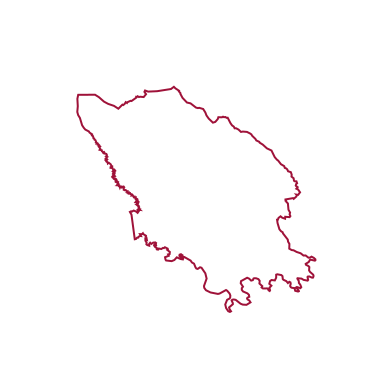 Renu Nakhon, Nakhon Phanom, Thailand (Equal Earth projection), rotated 302°
{"feature_id": "78962969B93131496494320", "entity_name": "Renu Nakhon", "entity_type": "district", "adm_level": 2, "iso_a3": "THA", "parent_name": "Thailand", "parent_adm1": "Nakhon Phanom", "projection": "equal_earth", "projection_center": [104.629, 17.057], "detail": "fine", "context": "isolated", "style": "outline", "palette": "rose", "viewbox_px": 384, "rotation_deg": 302, "n_neighbors": 0, "source": "geoboundaries", "source_scale": "gbopen_adm2", "svg_char_len": 6088}
<svg xmlns="http://www.w3.org/2000/svg" viewBox="0 0 384 384"><g transform="rotate(302 192 192)"><path d="M196.9,54.7L195.4,57.7L190.4,63.4L189.1,66.2L188.4,68.4L188.7,72.5L188.1,73.6L188.0,76.4L187.5,76.4L187.4,77.2L186.9,77.3L186.9,78.5L185.3,80.0L185.5,80.8L184.7,81.6L184.8,82.6L183.6,84.3L183.1,84.3L183.2,85.4L182.6,85.5L183.1,86.1L182.4,86.7L182.9,87.0L182.5,88.6L181.7,88.5L181.8,89.7L180.9,89.3L180.3,91.1L178.8,91.3L179.6,93.3L178.8,94.0L178.9,95.7L178.3,95.7L178.0,96.3L178.1,97.0L178.8,97.0L178.4,97.5L178.9,99.2L178.2,100.3L177.4,100.5L177.0,99.5L176.9,101.2L176.3,100.7L176.2,101.4L175.2,101.9L174.7,101.5L174.6,102.2L173.9,101.4L173.3,101.6L173.5,102.4L172.7,102.9L173.0,103.5L172.4,103.8L172.4,104.8L171.6,105.5L172.7,105.9L172.4,108.4L171.0,110.4L171.4,110.8L171.0,111.1L169.9,109.8L169.3,110.1L170.0,111.5L169.5,113.0L168.7,113.6L168.9,114.1L169.8,114.4L169.3,115.7L168.1,115.3L167.3,114.3L166.9,115.5L167.6,115.8L167.2,116.4L166.3,116.6L166.4,115.3L165.4,115.3L164.8,117.5L164.1,116.4L163.0,116.3L163.4,117.8L162.2,117.3L162.1,118.3L161.7,118.7L162.0,119.9L162.7,120.0L162.7,120.9L162.3,121.5L161.2,121.0L160.1,121.9L160.3,122.7L161.4,122.7L161.3,124.1L160.3,124.2L160.1,125.0L159.2,124.7L159.2,125.8L158.2,125.3L158.6,126.1L158.2,126.9L158.4,127.5L157.6,128.5L158.7,128.3L158.5,129.6L159.4,129.6L159.5,130.3L160.4,131.1L160.1,131.9L159.0,131.5L158.7,132.4L157.7,132.9L157.8,133.9L158.5,134.7L158.3,136.3L157.7,136.5L158.4,137.1L157.2,137.8L158.1,138.7L157.2,139.2L158.2,140.1L157.6,140.8L158.2,142.2L158.1,142.7L157.0,142.7L157.7,143.7L156.9,145.1L157.6,145.7L156.8,146.3L157.7,147.1L156.8,147.8L157.0,149.4L156.0,150.4L155.7,149.8L155.5,150.8L154.5,149.6L153.4,149.5L154.6,152.1L154.0,152.2L153.6,151.3L152.7,151.5L152.3,152.9L151.8,152.1L151.3,155.1L151.0,155.3L150.8,154.7L149.7,156.0L149.8,156.7L149.3,156.5L149.2,157.3L148.6,156.1L148.9,155.5L148.0,155.2L147.0,156.6L147.3,157.0L145.5,156.9L145.8,155.0L145.4,152.4L143.5,151.4L143.4,150.6L142.2,149.9L140.7,152.7L121.6,168.5L122.5,169.4L124.1,169.6L124.9,170.6L125.7,170.4L127.1,171.1L127.6,172.1L128.7,170.2L129.7,171.9L131.0,172.2L130.5,173.0L130.5,176.1L129.7,176.3L129.4,177.3L127.6,179.0L127.5,177.3L126.0,178.3L124.9,180.5L123.5,181.0L123.3,182.1L123.8,184.2L125.2,183.2L126.8,183.4L126.4,185.0L128.5,185.9L129.8,187.6L129.7,188.6L128.7,188.8L127.7,189.9L126.9,189.6L127.3,188.0L126.7,188.0L125.9,189.5L125.8,192.3L124.9,192.3L124.7,192.8L125.3,193.9L126.5,193.9L127.4,196.2L129.2,197.0L129.5,197.9L130.8,198.3L131.1,201.4L130.5,202.0L129.8,201.7L129.4,205.0L127.5,205.9L126.4,204.8L125.6,206.1L122.4,203.7L120.6,205.4L120.2,206.3L122.6,211.4L125.0,213.1L128.5,213.7L129.1,217.8L130.0,220.0L131.0,219.7L130.6,217.6L131.2,215.1L132.3,214.7L133.4,215.6L133.3,217.2L131.9,216.6L131.4,217.1L132.8,219.9L133.1,227.2L132.2,229.2L132.3,231.7L129.9,235.0L129.4,236.3L129.8,237.6L132.4,238.7L132.8,240.2L130.1,246.4L126.3,250.3L118.6,252.0L117.2,253.2L116.1,255.9L116.6,260.9L119.3,268.0L120.5,269.2L126.9,272.8L126.9,274.2L125.8,277.7L124.5,279.4L122.7,280.3L121.5,280.3L119.2,278.9L114.2,279.8L111.6,282.5L110.1,285.9L110.4,287.7L111.5,288.3L112.6,285.9L113.8,284.6L118.5,286.1L119.4,285.5L121.0,283.1L122.0,283.2L123.0,284.4L123.7,286.2L123.0,292.4L123.4,294.7L125.2,298.0L129.4,300.1L130.4,298.0L130.3,296.1L130.8,295.2L131.7,295.0L133.5,296.1L135.0,294.7L135.4,292.7L134.7,288.0L135.4,286.1L136.8,285.2L138.7,285.4L140.4,281.7L142.4,280.8L148.5,284.2L148.8,286.3L148.2,289.1L149.5,290.3L151.2,290.0L151.8,290.4L152.8,292.1L153.3,294.5L152.5,296.5L150.1,297.7L149.4,301.5L147.9,301.6L147.8,303.3L150.1,306.9L149.9,308.0L149.2,309.1L149.2,310.3L150.0,310.3L151.8,308.4L154.6,309.0L155.1,306.2L157.8,305.4L159.5,306.1L160.9,309.1L163.9,308.8L166.5,307.2L167.4,307.9L168.9,311.8L168.6,313.3L166.3,315.1L166.0,316.1L166.4,319.2L165.6,321.6L167.4,322.1L167.5,323.4L166.4,324.4L164.3,325.0L163.6,326.3L163.7,327.5L164.8,329.8L162.9,331.9L163.8,334.7L164.5,335.2L165.1,334.6L166.1,330.8L167.0,331.3L167.9,334.9L169.2,335.1L170.8,332.9L171.5,330.9L173.2,329.6L174.3,327.3L174.8,327.2L176.6,330.8L176.6,333.2L178.1,337.0L179.0,337.1L181.1,335.0L181.6,335.0L182.5,336.1L183.0,339.3L183.6,340.0L185.2,339.6L186.1,338.6L186.8,334.3L187.6,332.8L190.5,331.3L190.9,330.1L190.7,327.1L191.3,326.5L194.5,328.1L196.9,328.0L197.5,328.6L198.9,332.6L199.6,332.8L200.3,332.3L200.7,330.2L200.5,327.6L198.7,326.7L198.0,325.5L198.4,322.0L197.2,320.2L197.6,316.6L196.6,312.5L196.4,309.1L195.6,307.3L195.5,304.5L199.6,302.1L200.8,299.8L202.4,298.4L205.1,291.1L205.9,290.2L205.9,288.3L206.7,285.9L210.9,281.1L213.5,278.9L213.8,279.5L215.9,279.1L218.3,280.0L218.0,282.2L218.7,285.1L220.4,284.2L222.4,288.1L223.7,288.2L224.8,286.6L226.5,286.1L228.1,283.2L233.1,279.4L233.7,277.1L234.2,276.7L234.1,276.0L235.2,275.2L240.4,281.0L240.1,281.9L243.5,282.9L244.9,282.6L245.1,281.9L245.8,283.5L249.0,283.8L250.3,280.7L250.1,278.8L251.8,279.2L252.3,278.7L252.1,277.5L252.4,276.6L254.1,276.1L255.1,276.5L256.4,274.9L255.6,273.6L255.6,272.5L257.5,270.9L257.8,268.2L259.5,267.4L261.2,265.3L260.5,262.5L261.7,260.7L261.9,258.9L261.6,257.9L262.8,256.5L262.7,252.7L264.3,248.4L264.4,246.9L265.4,243.7L269.3,237.4L268.7,232.4L269.7,226.9L269.7,223.2L270.2,222.5L269.8,219.2L270.6,217.7L271.6,213.1L272.3,211.9L272.4,210.3L272.1,206.8L270.2,203.1L268.9,201.7L269.6,198.3L269.4,195.6L268.6,194.4L269.6,192.8L269.7,190.7L270.8,188.1L273.9,182.9L273.2,182.0L273.3,180.6L272.4,179.5L272.3,178.4L271.2,177.8L269.4,174.7L267.6,175.2L263.8,174.6L261.9,173.0L263.1,167.3L264.6,163.7L266.5,161.2L268.3,157.5L267.2,153.5L266.3,152.6L265.7,150.7L266.4,143.8L265.2,140.3L266.8,134.1L269.1,130.1L269.7,129.8L270.4,127.5L271.0,127.4L271.1,123.1L271.6,120.9L268.2,119.6L259.0,109.0L253.9,101.6L253.2,98.4L251.7,98.6L250.6,101.2L246.9,100.7L245.3,97.5L244.4,96.7L244.4,95.2L243.7,95.1L243.2,94.2L242.4,94.7L237.1,92.5L236.8,91.6L234.0,89.7L233.0,89.7L233.1,88.2L230.9,88.2L229.3,87.6L229.2,86.7L223.6,85.4L223.7,80.2L222.3,74.2L222.0,69.5L223.1,62.7L223.1,58.2L214.1,44.0L210.3,45.4L204.2,49.7L199.1,52.3L196.9,54.7Z" fill="none" stroke="#9f1239" stroke-width="2"/></g></svg>